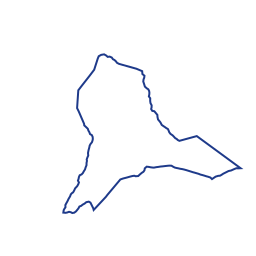 outline of Nova Itarana, Bahia, Brazil, rotated 69°
{"feature_id": "56859067B79206528521122", "entity_name": "Nova Itarana", "entity_type": "district", "adm_level": 2, "iso_a3": "BRA", "parent_name": "Brazil", "parent_adm1": "Bahia", "projection": "orthographic", "projection_center": [-40.008, -13.045], "detail": "fine", "context": "isolated", "style": "outline", "palette": "blue", "viewbox_px": 256, "rotation_deg": 69, "n_neighbors": 0, "source": "geoboundaries", "source_scale": "gbopen_adm2", "svg_char_len": 2417}
<svg xmlns="http://www.w3.org/2000/svg" viewBox="0 0 256 256"><g transform="rotate(69 128 128)"><path d="M205.8,67.9L205.3,65.8L204.8,63.6L205.0,60.9L205.5,59.2L205.3,57.7L204.8,55.5L204.5,52.4L204.2,49.5L204.6,47.0L204.5,45.1L204.4,43.2L204.4,41.2L205.1,39.8L205.9,37.3L160.2,66.7L158.4,84.6L157.0,85.9L155.6,86.5L154.5,87.5L152.7,88.2L150.8,89.0L148.8,90.4L146.8,91.0L145.1,91.0L143.3,91.1L141.8,92.3L140.4,93.2L139.0,94.2L137.2,95.4L134.5,95.7L132.5,96.3L130.8,96.9L128.2,96.5L126.3,95.9L124.2,96.6L121.8,97.4L120.7,99.2L118.6,99.6L117.2,98.6L115.3,97.8L112.9,98.1L110.7,97.6L108.2,96.6L106.0,97.2L104.5,96.2L102.8,95.4L101.0,95.0L99.1,95.2L97.8,96.2L95.4,97.4L92.6,97.2L90.1,97.1L88.1,96.0L86.8,94.8L85.1,93.9L82.8,95.2L80.0,94.4L75.7,98.9L65.0,113.3L63.2,114.9L61.4,115.4L59.6,116.3L58.4,117.4L56.4,117.9L54.8,119.5L54.3,121.5L52.5,122.4L50.7,123.9L50.1,126.8L50.5,129.6L52.4,131.4L61.5,138.7L65.4,145.0L71.8,155.7L75.0,160.9L86.0,166.0L91.2,168.4L94.4,168.1L96.3,168.0L108.3,167.5L109.9,167.9L111.7,167.0L114.3,165.8L116.3,165.9L117.8,165.6L120.1,165.6L121.7,164.3L123.7,164.2L125.7,164.8L127.1,165.7L128.4,166.8L129.5,168.7L130.7,170.1L132.3,171.1L134.6,172.8L137.0,174.3L139.5,175.0L140.9,176.4L142.5,177.8L144.0,178.1L145.7,179.2L147.9,180.1L149.6,181.7L151.3,183.0L152.6,184.8L153.9,186.3L154.7,188.0L154.8,190.0L156.2,191.4L157.8,192.4L159.2,193.6L161.2,193.3L162.6,194.5L164.1,196.3L165.4,199.0L167.1,200.7L168.4,202.3L168.8,203.9L169.5,205.2L171.1,206.6L172.8,208.8L174.8,210.9L176.1,212.5L177.5,214.1L179.6,214.8L180.7,216.4L181.7,217.5L183.8,218.7L184.8,216.7L185.1,215.0L185.1,213.1L186.2,211.5L187.4,210.5L187.8,208.5L187.2,206.4L186.4,205.0L185.3,203.1L183.9,201.5L183.9,199.6L183.3,197.8L183.0,195.6L182.3,193.5L182.7,191.0L184.2,189.8L190.6,189.2L192.2,189.4L184.3,173.2L183.1,171.3L173.3,153.6L173.4,150.5L173.7,148.0L173.9,146.1L174.1,143.7L174.4,141.2L174.8,139.3L175.8,138.1L176.5,135.7L175.5,133.2L174.8,131.2L174.4,129.3L173.4,127.8L171.7,126.8L170.8,124.4L171.8,122.5L172.7,121.1L173.7,119.3L174.3,117.9L174.7,115.6L175.2,113.6L175.6,111.6L176.3,109.1L176.9,106.7L177.4,104.8L177.9,103.0L178.8,100.9L180.5,99.6L181.7,98.5L182.8,96.9L183.6,95.6L184.7,94.0L185.8,92.1L186.8,90.6L188.2,88.7L189.7,86.8L191.2,84.9L192.5,83.3L193.5,81.9L194.8,80.2L196.0,78.6L197.4,77.1L198.6,75.4L199.9,73.7L201.2,72.1L202.2,70.7L203.8,68.8L205.8,67.9Z" fill="none" stroke="#1e3a8a" stroke-width="2"/></g></svg>